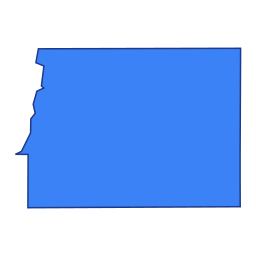 Franklin, Illinois, United States of America
{"feature_id": "52423323B64062958317973", "entity_name": "Franklin", "entity_type": "district", "adm_level": 2, "iso_a3": "USA", "parent_name": "United States of America", "parent_adm1": "Illinois", "projection": "albers", "projection_center": [-89.026, 37.994], "detail": "fine", "context": "isolated", "style": "filled", "palette": "blue", "viewbox_px": 256, "rotation_deg": 0, "n_neighbors": 0, "source": "geoboundaries", "source_scale": "gbopen_adm2", "svg_char_len": 339}
<svg xmlns="http://www.w3.org/2000/svg" viewBox="0 0 256 256"><path d="M240.1,180.4L240.1,153.6L240.6,48.3L38.4,48.8L35.9,62.7L43.9,66.0L41.4,86.0L43.8,88.0L36.9,91.2L33.2,104.2L35.2,113.3L30.8,118.9L30.6,132.9L21.5,151.4L15.4,154.3L28.1,154.4L27.9,207.7L240.2,206.7L240.1,180.4Z" fill="#3b82f6" stroke="#1e3a8a" stroke-width="1.5"/></svg>